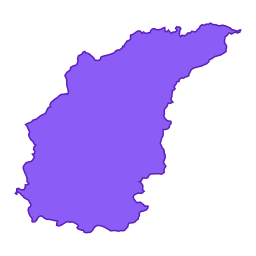 Miracatu, São Paulo, Brazil
{"feature_id": "56859067B15961203060488", "entity_name": "Miracatu", "entity_type": "district", "adm_level": 2, "iso_a3": "BRA", "parent_name": "Brazil", "parent_adm1": "São Paulo", "projection": "mercator", "projection_center": [-47.376, -24.194], "detail": "fine", "context": "isolated", "style": "filled", "palette": "violet", "viewbox_px": 256, "rotation_deg": 0, "n_neighbors": 0, "source": "geoboundaries", "source_scale": "gbopen_adm2", "svg_char_len": 4876}
<svg xmlns="http://www.w3.org/2000/svg" viewBox="0 0 256 256"><path d="M130.6,35.0L130.5,36.8L130.5,39.3L128.9,40.5L127.0,41.0L126.1,42.6L124.4,44.8L124.0,46.7L122.6,46.3L122.3,47.8L121.1,48.8L119.6,49.9L117.5,50.0L115.7,50.9L114.6,52.5L112.7,53.5L111.3,53.9L109.3,54.7L107.0,55.2L104.8,55.7L102.2,56.5L100.8,57.3L100.4,59.3L99.1,60.2L97.2,60.4L95.2,60.3L93.6,57.8L91.7,56.1L90.0,54.5L88.1,53.3L85.7,52.7L84.8,51.4L83.1,52.1L82.1,54.0L79.9,55.1L78.4,55.8L77.8,57.9L77.5,59.4L78.2,60.8L77.4,62.8L76.6,64.9L74.9,65.4L72.8,66.1L70.6,67.4L70.4,69.6L69.1,70.8L67.4,71.9L65.7,74.0L64.9,75.9L65.8,77.2L66.6,79.5L66.7,81.7L66.8,83.6L66.9,85.5L67.4,87.6L68.0,89.4L68.4,92.7L67.2,94.4L66.0,93.6L64.6,94.2L61.6,94.4L59.5,95.4L57.8,97.2L54.8,99.2L52.6,101.0L50.9,102.6L50.0,104.6L50.6,106.7L48.6,107.4L47.6,108.7L46.3,111.5L45.1,113.6L43.7,114.3L41.9,114.9L40.6,115.9L39.3,116.7L38.2,117.7L36.5,119.0L34.3,119.8L32.7,120.3L31.4,122.1L29.4,122.7L27.5,123.5L25.6,124.6L27.0,126.1L28.1,128.8L29.2,130.8L29.5,132.3L28.6,134.9L29.6,137.6L30.8,139.6L31.9,140.7L33.2,141.9L33.9,143.7L35.8,145.2L34.1,146.8L33.5,149.2L34.7,150.8L34.6,153.6L32.4,154.1L33.5,155.8L34.5,157.2L33.4,158.7L32.5,160.2L31.4,161.3L28.2,162.0L25.9,162.9L23.7,165.9L23.1,167.9L23.9,170.2L24.4,171.7L25.1,173.3L25.9,174.8L26.5,176.6L27.1,179.0L27.0,181.5L28.0,182.7L28.9,183.8L27.1,184.8L25.3,184.8L25.3,186.9L24.0,189.8L20.3,189.6L18.6,188.3L16.7,188.9L16.8,191.2L18.6,192.5L20.4,193.4L21.4,194.9L22.9,196.1L24.0,197.6L26.1,198.9L27.6,199.6L28.8,200.4L29.5,202.4L30.8,203.9L31.0,205.6L30.1,206.8L28.6,207.8L28.2,209.9L28.6,212.1L29.5,214.7L30.5,216.5L31.8,217.8L32.2,219.7L32.0,221.5L33.4,222.0L35.2,221.7L36.9,219.7L38.1,217.3L39.5,216.4L41.2,215.8L42.8,216.9L45.1,218.6L46.8,219.3L48.7,219.4L50.4,219.5L52.8,220.2L55.2,220.7L57.6,221.1L56.8,223.3L56.6,225.4L59.4,225.9L61.9,224.8L63.9,223.4L65.6,222.4L67.8,221.6L69.3,222.2L71.2,222.0L73.3,222.0L75.7,223.6L77.7,224.5L78.3,226.0L77.0,227.5L78.0,228.9L79.5,229.4L81.7,230.2L83.5,230.3L84.0,232.1L86.1,232.7L88.3,232.5L90.7,232.1L92.6,230.3L93.9,228.1L95.1,226.7L96.9,225.5L99.7,225.6L101.9,226.1L103.8,226.9L105.1,227.4L107.0,228.6L108.9,229.6L110.4,230.8L114.4,230.5L116.8,230.8L118.6,231.2L121.2,230.5L122.6,230.8L124.6,230.4L126.1,228.6L127.8,226.9L128.0,225.2L128.8,223.2L130.5,223.0L133.1,222.7L135.0,221.9L136.2,220.5L138.2,219.1L138.5,217.0L139.4,215.7L139.3,213.4L140.3,211.6L142.7,211.2L146.0,210.1L147.6,208.4L148.1,206.2L146.5,206.0L144.7,206.1L143.6,204.7L142.3,203.7L140.6,202.3L138.7,202.3L136.5,202.6L135.5,201.1L133.8,198.8L133.2,196.7L134.2,195.0L137.4,193.3L139.6,193.0L141.0,193.4L142.4,192.9L144.2,191.2L142.6,190.0L142.8,187.7L142.8,185.4L141.9,184.0L140.7,182.5L139.4,181.6L141.2,181.0L142.6,178.1L144.6,178.0L146.6,178.2L148.0,177.4L148.7,175.8L150.1,174.2L152.3,173.8L154.3,173.9L156.2,173.6L157.7,173.8L159.5,173.7L161.1,174.2L162.4,173.7L164.3,172.3L163.9,169.9L164.7,167.9L165.9,166.4L165.1,165.0L163.5,163.0L163.8,161.5L164.5,159.5L165.2,157.6L165.1,154.5L164.2,153.3L164.2,151.2L163.5,149.0L162.1,147.9L161.7,146.3L160.2,143.5L160.7,141.9L161.2,139.7L161.9,137.6L163.0,135.9L163.2,133.8L163.0,131.3L163.2,129.6L166.0,129.4L168.1,128.6L169.3,127.3L169.7,124.9L171.1,123.4L170.9,121.3L169.4,121.1L168.1,120.9L166.5,120.1L164.7,118.0L163.7,115.9L164.4,114.2L164.2,112.0L164.4,109.6L165.4,108.1L166.7,106.9L167.4,105.0L168.3,103.0L170.4,103.3L172.9,102.1L171.6,100.7L170.9,99.1L171.8,96.8L172.0,94.2L172.4,92.2L172.5,90.5L174.1,89.9L175.1,88.7L174.0,86.8L175.9,84.3L176.9,81.8L179.0,81.4L179.4,79.4L181.2,78.0L183.6,78.1L185.7,76.8L187.4,76.5L188.8,75.7L188.9,73.9L189.9,72.6L190.7,70.5L192.0,69.1L193.7,68.1L195.3,67.5L197.1,67.1L198.7,66.7L200.5,66.2L202.1,65.8L204.0,64.7L206.1,64.1L208.6,62.0L209.2,59.9L212.1,58.5L214.4,56.7L216.3,56.2L218.5,55.5L220.4,55.1L221.9,54.2L224.4,52.7L226.1,51.5L225.9,49.4L226.5,48.0L226.5,45.7L225.4,44.0L224.4,42.1L224.7,39.3L225.1,36.8L227.2,35.4L228.6,33.1L230.1,33.0L231.2,34.1L233.4,33.0L235.1,32.1L237.5,33.0L239.8,32.1L240.6,30.0L238.9,30.2L237.1,31.3L235.4,30.5L233.5,30.0L231.8,29.5L230.0,27.8L227.2,26.7L225.6,25.9L223.7,25.5L222.3,25.1L220.7,25.7L218.5,25.7L216.4,24.9L214.7,24.6L212.7,24.7L211.4,23.4L209.9,23.3L208.5,24.3L206.3,24.1L204.2,25.3L202.1,24.7L200.3,25.9L199.4,27.9L197.5,29.6L195.8,31.8L194.2,31.8L191.8,31.2L190.4,33.0L188.0,32.9L186.2,34.8L184.3,35.8L182.1,35.2L180.6,36.7L179.3,34.8L179.6,32.0L179.9,30.3L180.9,28.7L179.8,27.2L176.9,26.7L175.5,28.2L177.1,30.5L175.2,32.0L172.8,32.1L171.8,33.3L170.3,32.6L169.4,31.3L168.5,30.1L166.5,31.9L164.9,30.9L164.8,27.5L162.7,28.2L161.1,29.3L159.4,29.5L157.0,29.9L154.8,28.8L152.5,28.8L150.9,30.4L150.0,32.7L148.6,32.6L146.9,33.4L145.0,33.0L143.5,31.9L142.1,33.4L140.3,31.1L138.3,30.9L136.6,31.7L135.4,32.6L134.1,33.6L132.5,34.6L130.6,35.0ZM16.8,191.2L15.4,193.5L16.8,194.2L16.8,191.2Z" fill="#8b5cf6" stroke="#5b21b6" stroke-width="1.5"/></svg>